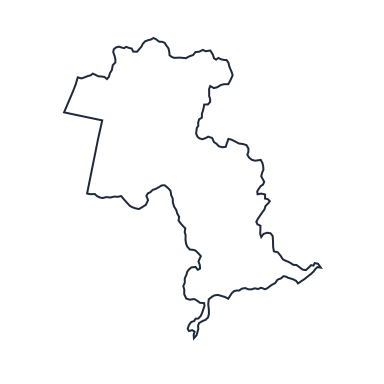 Águia Branca, Espírito Santo, Brazil, rotated 12°
{"feature_id": "56859067B39883742727506", "entity_name": "Águia Branca", "entity_type": "district", "adm_level": 2, "iso_a3": "BRA", "parent_name": "Brazil", "parent_adm1": "Espírito Santo", "projection": "robinson", "projection_center": [-40.718, -18.996], "detail": "fine", "context": "isolated", "style": "outline", "palette": "slate", "viewbox_px": 384, "rotation_deg": 12, "n_neighbors": 0, "source": "geoboundaries", "source_scale": "gbopen_adm2", "svg_char_len": 3869}
<svg xmlns="http://www.w3.org/2000/svg" viewBox="0 0 384 384"><g transform="rotate(12 192 192)"><path d="M166.3,54.4L164.6,57.8L161.1,59.9L158.2,62.4L153.5,62.9L150.9,63.4L148.6,64.0L146.3,64.5L143.9,64.0L141.6,62.9L140.7,59.9L139.2,56.5L136.0,53.6L134.3,51.8L131.6,51.3L128.7,51.8L124.9,50.0L122.2,49.4L120.0,51.5L117.7,52.5L114.8,54.4L113.1,57.2L112.3,60.3L110.9,62.9L109.1,66.2L105.3,66.9L103.2,64.2L100.6,64.2L97.4,63.7L95.7,65.4L92.9,65.3L90.4,65.0L87.7,66.3L85.8,68.7L85.9,71.6L88.0,75.0L89.5,78.2L90.1,81.3L88.1,84.4L88.3,89.2L87.0,92.9L86.8,96.5L85.4,99.2L82.4,97.7L79.7,97.8L76.5,98.3L73.2,97.5L70.4,96.8L68.7,98.9L66.1,100.2L62.6,102.5L60.1,103.9L56.4,103.6L55.9,110.7L54.5,119.2L50.3,140.7L62.4,140.7L89.3,140.6L89.1,159.6L89.7,215.3L93.0,215.3L97.4,214.2L99.9,215.8L103.0,216.5L105.8,216.5L109.3,214.8L113.5,214.3L116.7,212.7L120.5,212.1L123.6,210.7L127.0,213.4L131.3,216.5L134.0,218.4L136.8,219.3L139.7,219.7L143.7,219.7L146.7,216.9L149.5,214.2L150.7,209.1L148.2,205.3L149.2,202.4L151.3,200.9L153.0,198.2L156.0,196.4L158.7,194.1L160.9,191.9L163.7,191.1L166.3,192.3L168.5,193.6L170.8,195.4L172.3,199.5L174.5,202.4L175.5,206.4L177.6,210.1L180.2,212.7L182.1,216.2L184.6,219.0L184.8,222.7L187.5,225.1L190.7,227.5L193.0,228.9L193.2,232.8L194.7,235.5L195.6,240.2L197.0,243.9L198.7,246.4L201.8,248.7L205.6,248.3L207.9,248.7L211.4,251.0L214.0,252.9L213.3,255.8L212.8,258.7L214.8,261.8L215.8,265.2L213.9,266.9L211.1,264.6L207.2,265.8L205.0,268.5L203.9,271.1L203.8,273.9L202.9,278.0L203.8,282.3L203.0,285.9L204.7,288.9L205.6,293.5L208.5,297.4L212.4,297.8L214.6,296.8L216.9,296.3L219.6,297.3L222.9,298.7L227.0,298.2L227.9,300.8L227.5,304.1L226.9,308.9L226.3,311.5L224.4,314.5L221.8,315.2L221.0,317.7L218.2,319.4L216.7,322.7L216.2,326.7L218.0,328.6L221.0,327.1L223.6,328.1L223.3,331.3L224.3,334.6L226.2,331.2L226.5,327.7L226.6,324.4L225.7,321.5L226.2,318.7L228.8,316.3L231.9,314.2L233.8,311.2L233.9,307.8L233.0,303.7L231.2,298.4L230.7,293.5L233.5,290.1L235.4,288.5L238.6,287.3L241.9,287.5L246.3,287.9L249.6,288.9L250.8,285.7L251.9,282.8L253.7,280.3L255.8,279.2L258.5,278.6L261.0,276.1L264.1,274.9L267.4,275.5L270.7,274.8L273.5,273.1L276.7,273.2L279.5,271.3L283.8,271.9L285.8,270.3L289.0,266.6L292.2,263.9L293.9,260.0L297.0,258.0L298.9,255.4L301.4,255.2L304.1,256.0L306.6,256.1L309.2,256.4L312.4,257.3L314.7,259.4L317.1,256.9L320.2,253.7L323.3,249.9L325.7,247.1L327.5,244.4L328.8,241.5L330.3,239.4L333.7,239.2L330.2,236.0L326.8,236.0L326.1,238.7L323.7,238.8L321.9,241.6L319.7,244.7L316.4,244.9L312.9,243.3L309.4,241.7L306.2,242.2L303.3,241.0L300.5,240.2L297.4,239.7L294.8,238.9L291.9,235.9L288.4,233.1L284.4,233.0L282.9,229.2L282.2,226.4L281.5,223.4L280.1,218.3L277.5,216.1L274.1,216.2L270.7,218.1L269.1,221.7L267.5,218.9L266.6,214.2L266.0,210.8L262.7,210.0L261.1,207.8L262.2,204.0L263.9,199.9L265.4,196.4L266.5,194.0L266.8,190.4L268.8,187.4L270.0,184.8L267.8,183.3L264.8,183.2L264.0,179.2L259.9,179.2L256.6,180.6L255.7,177.9L256.6,175.2L258.0,171.9L259.9,170.0L260.5,167.0L256.4,162.2L256.6,158.4L257.2,155.4L256.4,152.3L254.9,149.1L252.6,146.3L250.2,147.2L247.1,148.3L243.7,148.0L240.8,146.6L238.4,144.1L238.8,141.1L238.2,137.8L235.5,134.8L231.8,134.5L227.7,134.8L223.3,133.5L219.8,132.6L216.6,132.5L216.0,136.7L215.6,140.8L212.7,141.9L208.8,141.7L205.7,139.6L203.1,138.6L200.5,135.0L196.3,134.5L194.3,136.3L191.3,138.2L188.2,138.0L186.0,136.9L183.9,134.1L183.6,131.2L183.4,128.4L184.4,125.9L183.6,122.9L183.8,119.6L186.2,117.2L185.4,113.4L185.8,110.0L185.9,107.0L185.7,104.0L189.4,103.0L191.0,100.1L190.4,97.2L188.8,94.6L188.2,91.5L187.3,87.7L187.8,84.6L191.7,85.8L194.8,84.4L197.9,81.4L200.8,79.9L205.1,79.0L206.3,74.9L207.5,69.4L205.7,66.2L203.7,63.4L202.2,61.1L200.9,58.2L198.5,55.8L195.5,56.2L192.7,56.1L190.0,55.4L188.0,57.5L185.7,56.6L183.8,53.2L180.5,49.8L176.0,51.5L173.1,50.7L169.9,53.3L166.3,54.4Z" fill="none" stroke="#1e293b" stroke-width="2"/></g></svg>